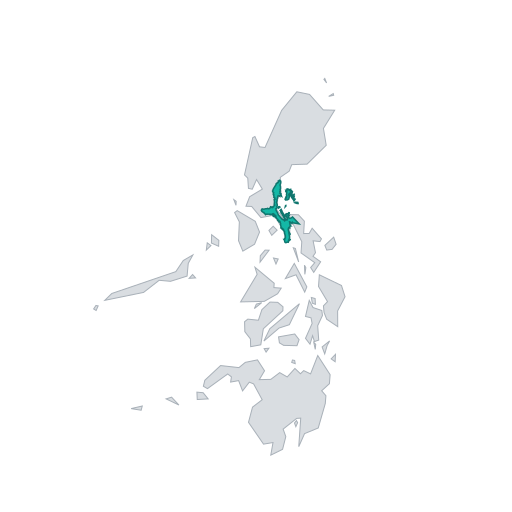 Quezon, Quezon, Philippines (highlighted), rotated 24°
{"feature_id": "2640588B64856500371355", "entity_name": "Quezon", "entity_type": "district", "adm_level": 2, "iso_a3": "PHL", "parent_name": "Philippines", "parent_adm1": "Quezon", "projection": "orthographic", "projection_center": [122.074, 14.189], "detail": "fine", "context": "in_parent", "style": "filled", "palette": "teal", "viewbox_px": 512, "rotation_deg": 24, "n_neighbors": 0, "source": "geoboundaries", "source_scale": "gbopen_adm2", "svg_char_len": 9676}
<svg xmlns="http://www.w3.org/2000/svg" viewBox="0 0 512 512"><g transform="rotate(24 256 256)"><path d="M239.2,86.6L258.0,95.2L268.6,90.8L265.7,112.0L275.1,126.3L265.3,151.3L251.5,158.0L251.8,165.0L246.2,174.2L254.0,189.9L252.3,194.0L255.8,205.1L267.3,211.4L267.0,205.6L278.0,201.1L286.0,204.5L290.4,216.1L295.4,213.8L296.0,207.8L308.8,213.7L308.6,216.8L302.0,218.9L309.0,228.8L308.2,233.1L317.4,235.0L315.4,247.5L310.6,244.3L312.4,238.2L295.9,234.9L292.0,224.3L277.2,212.0L273.9,212.5L279.2,225.6L277.4,231.0L271.6,222.3L256.1,211.2L244.9,218.9L231.9,212.5L226.6,214.6L226.1,204.4L234.6,192.3L225.4,185.9L225.4,196.5L221.6,197.3L216.8,188.2L212.5,186.6L204.9,149.2L206.4,147.3L214.8,154.8L220.1,153.2L220.2,112.5L226.5,89.4L239.2,86.6ZM352.9,321.8L372.0,334.3L375.0,342.8L370.8,352.4L376.7,355.2L379.3,362.6L382.8,387.8L372.6,398.5L372.6,412.8L362.8,385.9L359.2,387.8L351.2,403.1L356.7,408.9L358.9,421.8L350.5,431.9L347.4,419.5L339.4,424.8L316.8,411.0L314.3,395.5L320.1,384.8L305.8,373.8L301.2,374.0L298.6,384.7L290.8,376.9L284.1,381.5L282.7,376.4L278.1,375.3L265.6,396.9L260.9,396.4L259.8,390.3L268.2,370.5L285.8,364.9L289.5,357.5L299.6,350.3L310.5,357.4L309.3,367.6L319.7,362.7L325.1,352.9L333.7,353.8L337.3,342.9L344.5,345.5L346.2,341.3L353.8,341.5L352.9,321.8ZM296.5,335.2L288.0,341.0L284.6,334.0L276.6,329.7L272.3,320.7L274.2,317.0L284.3,313.7L283.2,302.6L287.5,292.4L294.7,289.5L301.3,291.4L302.8,295.1L292.3,319.5L296.5,335.2ZM346.1,248.2L353.9,257.0L352.9,273.0L359.4,287.3L346.3,285.0L341.1,279.9L337.9,274.1L339.9,268.6L325.5,258.4L321.5,247.4L346.1,248.2ZM259.6,266.7L283.7,273.5L285.2,277.6L292.1,275.1L291.1,281.7L282.0,294.1L260.6,304.2L264.5,272.3L259.6,266.7ZM168.1,335.0L135.9,358.0L139.5,348.9L189.1,302.9L191.4,289.7L197.9,280.7L197.1,290.3L201.2,302.4L188.2,313.9L177.4,317.6L168.1,335.0ZM220.4,222.2L241.2,224.6L249.5,232.7L249.9,245.8L242.0,256.9L233.8,249.1L226.9,231.6L218.8,225.0L220.4,222.2ZM329.1,279.9L338.3,279.0L340.9,283.3L340.7,294.6L347.5,307.3L344.2,310.4L340.1,305.8L341.2,314.6L334.7,311.1L334.7,294.8L331.4,290.1L325.8,291.1L322.7,274.9L329.1,279.9ZM297.8,330.5L298.2,316.8L315.1,281.9L314.4,305.2L306.4,312.4L297.8,330.5ZM329.9,321.3L317.6,326.4L312.7,325.8L309.5,320.7L323.1,311.5L329.4,314.9L329.9,321.3ZM294.0,247.2L315.0,263.5L315.2,269.2L300.2,256.9L292.0,264.7L294.0,247.2ZM322.8,219.0L318.2,221.8L314.6,218.3L319.3,207.2L324.4,212.7L322.8,219.0ZM270.4,406.0L260.7,411.0L257.4,404.4L263.3,402.4L270.4,406.0ZM206.8,254.6L215.7,256.8L217.9,262.3L210.0,262.3L206.8,254.6ZM259.6,221.8L264.8,223.8L262.0,230.7L257.4,227.4L259.6,221.8ZM236.3,419.3L246.2,423.5L232.0,423.1L236.3,419.3ZM358.6,317.5L353.4,312.2L357.8,303.6L357.4,308.8L358.6,317.5ZM265.6,245.4L262.2,260.0L259.8,254.0L261.9,246.9L265.6,245.4ZM213.1,439.3L213.8,443.6L204.0,446.2L213.1,439.3ZM262.7,182.8L262.4,189.3L260.1,192.1L257.7,181.9L262.7,182.8ZM280.2,296.3L275.9,304.7L275.9,299.8L280.2,296.3ZM210.6,264.8L208.2,270.8L206.1,263.8L210.6,264.8ZM329.9,276.0L326.7,276.2L323.4,271.4L327.3,270.8L329.9,276.0ZM277.5,249.7L277.5,255.2L272.8,250.7L277.5,249.7ZM371.3,320.4L366.5,319.4L368.6,313.5L371.3,320.4ZM288.9,233.1L297.4,244.1L286.7,233.3L288.9,233.1ZM209.7,300.6L204.0,303.6L205.6,298.7L209.7,300.6ZM305.3,335.0L304.3,339.7L301.1,337.3L305.3,335.0ZM306.3,246.4L308.1,252.9L304.0,244.7L306.3,246.4ZM132.1,370.8L129.2,370.4L129.9,366.3L132.1,365.8L132.1,370.8ZM335.6,338.4L331.9,338.7L331.6,336.2L333.8,335.7L335.6,338.4ZM361.8,395.7L359.1,392.9L359.9,389.9L361.8,391.3L361.8,395.7ZM215.6,214.1L217.1,217.8L212.8,213.5L215.6,214.1ZM346.5,312.4L348.1,317.2L343.9,311.4L346.5,312.4ZM261.6,77.6L257.5,80.6L260.5,76.2L261.6,77.6ZM266.4,208.2L260.7,205.4L260.8,203.4L266.4,208.2ZM246.6,65.8L250.1,69.2L246.2,67.0L246.6,65.8Z" fill="#d9dde1" stroke="#a8b0b8" stroke-width="1"/><path d="M245.3,182.4L244.6,187.3L244.6,188.6L244.9,189.6L244.7,190.0L245.9,191.0L246.5,191.1L246.5,192.5L247.5,192.9L247.4,193.4L248.5,194.7L248.5,195.2L249.7,195.3L249.8,195.9L250.3,196.4L249.6,197.0L250.8,198.9L251.7,201.6L252.4,201.8L252.4,202.4L251.3,204.2L251.7,204.5L251.3,205.2L250.6,205.3L250.1,204.9L249.6,205.0L249.8,205.3L249.6,205.6L249.3,205.5L249.3,206.6L248.6,207.7L247.1,207.8L247.0,208.2L245.1,209.2L244.5,209.9L243.7,210.3L243.2,210.2L242.4,210.5L242.2,212.0L243.0,212.4L243.0,212.7L243.3,212.9L244.9,213.2L245.5,213.0L246.0,213.6L246.8,213.7L247.9,214.4L248.6,213.5L250.7,212.6L250.8,212.9L250.8,212.6L251.6,212.2L252.0,212.4L252.1,212.0L253.2,211.9L253.6,211.6L254.3,211.6L253.8,210.9L254.4,210.3L255.4,210.4L256.3,211.1L256.4,210.9L257.0,211.0L257.1,211.5L256.9,211.8L257.4,212.2L257.3,212.4L257.5,212.1L257.8,212.4L258.0,212.1L258.1,212.6L258.5,212.3L258.8,212.4L259.0,213.2L261.2,213.8L261.3,214.7L262.6,214.7L262.4,214.9L263.2,215.5L263.8,215.4L263.8,215.1L264.2,215.4L264.4,215.3L264.5,215.7L265.3,216.3L265.4,217.0L265.6,217.2L266.3,218.3L267.1,219.2L267.2,220.1L267.5,220.0L268.0,220.3L268.8,220.0L269.0,220.4L268.6,220.7L269.1,220.9L269.3,220.4L270.2,220.4L270.6,220.9L270.5,221.3L272.3,222.2L272.6,223.3L274.5,225.4L275.4,227.4L275.4,228.1L275.1,228.3L275.4,228.7L275.1,228.9L275.2,229.5L274.9,229.6L275.9,230.3L276.5,231.4L277.4,231.8L278.0,231.6L278.9,230.6L279.9,230.3L279.8,229.1L279.4,228.8L279.4,226.3L279.0,225.0L277.5,222.8L277.4,222.3L276.7,221.8L276.5,221.2L276.9,221.2L277.8,222.4L278.3,222.4L278.3,222.1L276.7,220.8L276.0,220.6L276.0,220.2L274.7,218.9L274.8,218.4L274.3,217.6L274.4,216.7L275.4,216.7L275.0,215.7L275.0,214.6L275.4,214.4L275.0,214.3L275.0,213.9L274.4,213.6L272.7,211.1L273.1,211.0L273.5,211.5L274.1,211.2L274.4,211.5L275.0,211.5L275.0,211.4L275.4,211.6L275.6,210.5L276.1,211.0L276.9,210.5L282.3,209.1L273.5,205.5L273.0,206.5L271.8,207.8L269.7,207.7L269.8,205.8L269.3,206.3L268.8,206.2L268.9,205.2L268.5,204.9L269.0,203.5L268.8,203.0L268.3,203.1L268.2,204.6L267.8,204.4L266.9,204.8L266.6,205.2L266.7,205.8L266.4,205.8L266.2,205.3L266.2,206.0L267.0,207.2L267.7,207.5L269.0,208.6L269.1,208.4L269.3,208.5L269.4,209.1L269.8,209.2L270.2,209.0L269.8,209.4L270.0,209.7L269.7,209.5L269.4,209.8L269.8,210.3L269.6,210.6L268.8,210.6L268.7,210.3L267.5,210.1L266.9,209.6L266.5,209.7L267.2,210.8L267.6,211.1L268.1,211.0L268.3,211.3L267.9,212.3L266.7,211.8L265.8,211.7L265.4,211.9L264.7,211.5L264.4,211.6L264.2,211.3L262.8,210.9L261.6,210.2L259.7,209.4L257.9,207.6L255.9,206.2L254.9,204.8L255.5,204.1L255.6,202.9L254.8,202.2L255.0,201.6L254.8,200.8L253.0,198.8L252.6,196.6L252.2,195.8L252.2,194.4L251.8,193.6L251.6,192.1L252.1,191.2L252.0,191.5L252.5,191.8L252.1,191.8L252.2,192.0L253.4,191.1L253.7,191.0L253.8,191.0L253.9,190.9L253.6,191.0L253.6,190.8L255.0,191.0L253.1,188.9L252.8,188.9L253.0,188.7L252.2,188.4L251.6,187.5L251.9,186.8L251.1,185.8L250.9,184.3L250.1,182.6L249.1,181.4L248.9,179.2L248.5,178.1L248.0,177.5L247.7,177.6L246.8,177.1L246.5,177.4L246.5,178.3L245.9,178.4L246.0,178.7L246.3,178.5L246.5,178.8L246.4,179.6L246.2,180.2L245.8,180.3L245.8,180.7L245.4,180.9L245.0,181.8L245.3,182.4ZM260.2,181.3L259.1,182.2L258.8,181.9L258.4,182.1L258.4,182.3L258.2,181.8L257.7,181.8L257.4,182.3L257.6,182.4L257.5,182.6L257.4,182.6L257.6,182.8L257.5,183.0L257.5,183.3L257.6,183.0L257.3,183.0L257.5,182.8L257.2,182.8L257.2,183.7L256.7,184.6L256.9,184.9L257.2,184.6L257.5,184.8L257.6,184.3L257.3,184.1L257.6,184.1L257.6,184.7L258.1,185.0L258.0,185.3L258.6,186.2L258.7,187.3L259.5,188.1L260.3,190.6L259.7,190.7L259.4,190.2L259.4,191.4L259.6,192.5L260.3,192.8L262.0,191.8L262.8,190.5L262.4,189.2L262.5,188.5L262.4,188.1L262.4,187.8L262.0,187.6L262.1,187.3L261.7,187.4L261.4,187.1L261.3,186.6L261.0,186.4L261.3,186.0L261.0,185.9L261.0,185.4L261.3,185.3L261.3,185.5L261.6,185.2L262.4,185.0L262.1,184.3L262.3,183.8L261.8,184.2L261.6,184.0L262.2,183.2L262.7,183.1L263.3,184.2L263.3,183.8L263.1,182.7L262.8,182.5L262.0,182.7L262.4,182.1L261.6,181.7L261.1,181.9L261.2,181.6L260.7,181.4L260.2,181.8L260.2,181.3ZM260.0,203.2L259.7,204.0L259.6,204.5L259.9,204.4L261.5,206.6L262.8,207.1L263.3,207.8L264.2,208.1L264.8,208.8L265.9,209.5L266.7,209.4L266.3,208.3L265.4,207.7L265.2,207.2L262.4,205.5L260.0,203.2ZM266.6,187.0L265.4,187.5L265.2,187.4L265.1,187.1L264.6,187.3L264.3,187.1L264.8,188.2L265.7,188.4L266.6,189.1L267.8,189.6L268.1,190.3L268.4,190.2L268.5,189.3L268.3,189.0L268.5,188.5L268.1,188.4L267.8,188.6L266.8,188.1L267.4,187.1L266.9,187.4L266.6,187.0ZM272.3,190.0L271.1,190.6L270.5,190.6L269.8,191.5L271.8,191.4L273.1,191.0L273.0,190.6L272.3,190.0ZM256.2,211.2L255.3,211.2L255.5,211.6L255.1,211.7L255.3,211.9L255.2,212.4L255.5,212.6L256.3,211.9L256.2,212.7L256.5,212.7L256.7,212.2L256.3,211.9L256.4,211.2L256.2,211.2ZM257.4,201.4L256.8,201.7L257.2,202.9L258.0,201.6L257.4,201.4ZM262.5,186.1L262.2,186.3L262.5,187.0L263.0,187.1L263.5,186.8L264.0,187.1L263.5,186.4L262.7,186.2L262.5,186.4L262.5,186.1ZM280.5,226.4L280.3,227.0L280.5,227.5L280.6,227.3L280.5,226.4ZM262.7,197.7L262.5,197.9L262.7,199.0L263.0,198.2L262.7,197.7ZM265.6,185.1L265.5,185.6L265.9,185.4L265.6,185.1ZM266.0,184.5L265.7,184.2L265.4,184.9L265.7,185.0L266.0,184.5ZM262.4,185.4L262.0,185.5L262.0,185.8L262.3,185.7L262.4,185.4ZM265.5,187.2L265.2,187.0L265.2,187.3L265.5,187.2ZM268.5,188.0L268.2,187.7L268.4,188.1L268.5,188.0ZM266.6,184.9L266.4,184.7L266.6,184.9ZM262.0,187.2L261.8,187.1L261.8,187.3L262.0,187.2ZM262.2,186.1L261.9,186.0L261.7,186.1L262.2,186.1ZM266.1,186.0L265.9,186.0L266.0,186.2L266.1,186.0ZM265.0,185.6L264.7,185.6L264.8,185.7L265.0,185.6ZM262.8,185.3L262.9,185.1L262.6,185.2L262.8,185.3ZM262.6,188.2L262.4,188.1L262.6,188.2L262.6,188.2ZM263.2,184.8L263.0,184.7L263.0,184.9L263.2,184.8ZM254.6,210.9L254.5,211.0L254.6,210.9ZM267.3,186.5L267.1,186.4L267.1,186.5L267.3,186.5ZM265.7,204.9L265.7,205.0L265.7,204.9Z" fill="#14b8a6" stroke="#0f766e" stroke-width="1.5"/></g></svg>